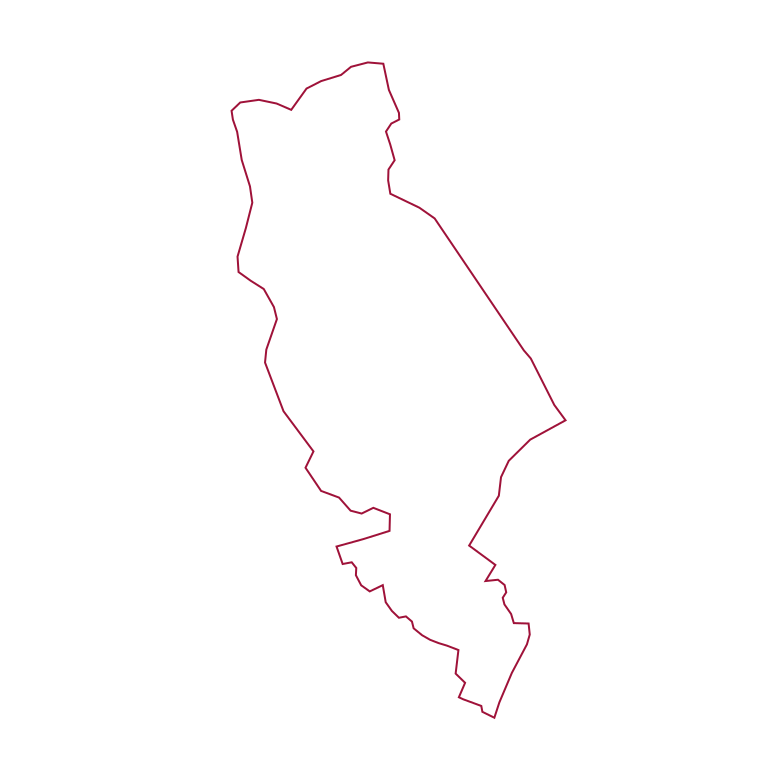 outline of Mirzo Ulugbek, Tashkent, Uzbekistan, rotated 277°
{"feature_id": "79887680B41064680481751", "entity_name": "Mirzo Ulugbek", "entity_type": "district", "adm_level": 2, "iso_a3": "UZB", "parent_name": "Uzbekistan", "parent_adm1": "Tashkent", "projection": "robinson", "projection_center": [69.307, 41.302], "detail": "fine", "context": "isolated", "style": "outline", "palette": "rose", "viewbox_px": 768, "rotation_deg": 277, "n_neighbors": 0, "source": "geoboundaries", "source_scale": "gbopen_adm2", "svg_char_len": 1346}
<svg xmlns="http://www.w3.org/2000/svg" viewBox="0 0 768 768"><g transform="rotate(277 384 384)"><path d="M66.2,534.2L82.0,537.3L112.8,546.1L143.0,557.6L153.1,559.2L163.9,556.7L162.5,542.0L171.2,538.2L179.9,530.4L186.3,527.9L192.1,530.7L199.2,528.2L203.6,521.0L200.8,508.8L218.0,516.6L234.0,488.2L287.1,511.6L305.8,511.5L323.0,517.2L346.6,535.9L370.1,568.6L383.9,555.6L427.2,526.6L434.4,518.7L554.5,414.1L563.3,397.6L567.8,384.3L573.6,367.1L586.6,363.3L597.4,362.3L607.4,367.3L622.5,361.0L634.8,355.2L643.4,359.5L648.4,366.9L654.9,365.8L676.5,353.0L701.8,344.3L701.2,328.8L694.8,312.6L685.5,303.7L677.0,284.7L667.8,271.1L644.8,258.5L649.3,243.2L650.8,225.2L645.9,207.0L636.6,199.4L628.0,201.8L616.4,207.5L589.0,215.5L563.8,226.9L547.9,231.2L522.0,227.9L492.6,223.1L477.4,226.0L470.2,239.2L463.6,253.1L446.9,265.4L435.4,269.8L403.8,263.0L390.8,263.3L344.7,287.6L308.5,322.2L291.3,316.3L270.2,334.6L265.8,353.2L254.2,366.3L252.7,377.6L259.8,388.5L255.4,405.8L238.9,407.4L227.5,382.3L216.9,356.7L200.3,364.9L203.1,373.7L198.0,378.9L190.8,379.4L181.4,385.9L176.4,395.1L184.2,407.3L167.6,412.3L159.7,419.5L153.8,427.3L156.0,434.1L151.6,440.7L145.1,443.2L139.3,452.4L135.7,461.0L133.5,469.7L132.0,478.3L129.0,490.3L105.3,490.4L97.3,500.9L82.2,496.5L80.7,501.1L76.3,519.8L70.6,521.6L66.2,534.2Z" fill="none" stroke="#9f1239" stroke-width="2"/></g></svg>